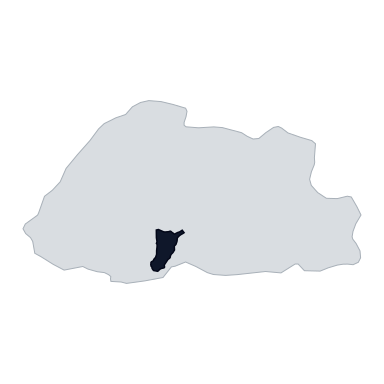 Chirang on a map of Bhutan (orthographic projection)
{"feature_id": "BTN-2481", "entity_name": "Chirang", "entity_type": "District", "adm_level": 1, "iso_a3": "BTN", "parent_name": "Bhutan", "parent_adm1": "", "projection": "orthographic", "projection_center": [90.138, 26.993], "detail": "fine", "context": "in_parent", "style": "filled", "palette": "ink", "viewbox_px": 384, "rotation_deg": 0, "n_neighbors": 0, "source": "natural_earth", "source_scale": "10m", "svg_char_len": 2225}
<svg xmlns="http://www.w3.org/2000/svg" viewBox="0 0 384 384"><path d="M314.7,162.3L314.2,164.9L311.4,171.8L309.6,179.3L311.3,185.4L317.7,192.6L326.4,198.3L337.3,198.6L347.3,196.2L351.3,197.0L356.9,206.7L361.0,215.0L355.8,223.8L353.0,231.4L352.1,236.8L352.8,239.2L356.1,243.5L360.0,250.9L360.6,257.8L358.3,262.3L353.1,264.7L347.6,264.1L343.0,264.2L337.3,265.1L328.3,267.8L320.1,271.1L304.4,270.7L298.1,264.0L295.2,264.0L281.0,272.9L265.5,271.5L237.3,274.6L225.6,275.4L213.4,274.5L207.3,272.6L195.9,266.5L185.6,262.0L175.1,266.2L171.4,266.9L163.0,277.5L144.7,280.9L126.5,283.4L121.1,282.0L110.9,281.4L110.5,278.9L110.8,276.5L108.5,274.6L104.4,272.6L97.2,271.7L88.0,269.1L82.8,266.5L64.1,270.1L53.3,264.4L41.0,256.7L34.8,253.3L32.7,241.4L30.5,237.6L25.7,233.6L23.0,228.8L25.3,224.0L37.6,215.1L38.6,213.0L44.5,196.3L52.4,190.2L60.2,181.8L66.1,168.4L77.5,154.6L90.0,140.5L98.6,128.9L104.2,123.6L115.9,117.8L125.6,114.5L132.4,106.8L140.5,102.5L148.8,100.6L161.1,101.6L172.8,104.4L185.6,108.2L187.0,111.3L186.0,116.8L184.1,122.4L184.1,125.2L186.0,126.8L198.5,127.8L213.8,126.9L222.4,127.6L241.6,132.7L247.2,136.3L253.1,139.0L258.8,138.5L266.0,132.5L273.6,127.4L278.3,126.5L281.7,128.1L287.9,132.9L300.5,137.3L311.8,140.6L315.5,143.8L314.4,157.7L314.7,162.3Z" fill="#d9dde1" stroke="#a8b0b8" stroke-width="1"/><path d="M158.4,229.5L163.6,231.8L165.0,232.0L168.5,231.7L170.0,231.2L170.5,231.2L170.9,231.4L172.4,232.7L173.4,233.3L174.4,234.2L177.4,232.6L179.6,231.9L182.2,230.2L184.1,232.7L182.6,233.7L181.4,234.3L179.8,235.4L179.0,236.1L177.6,237.6L177.3,238.3L177.1,240.6L176.9,241.7L175.9,244.5L174.3,246.1L174.5,250.0L172.9,252.6L171.2,254.3L170.4,255.9L170.3,257.1L169.6,258.3L168.0,259.4L164.4,264.8L164.3,265.3L164.3,265.6L164.4,265.9L164.5,266.2L164.5,266.5L164.5,267.3L164.2,267.7L163.5,268.0L161.7,268.4L160.6,268.8L159.3,269.7L158.9,270.3L158.3,270.9L157.5,271.3L155.2,270.8L153.8,270.6L153.2,270.1L152.1,268.5L151.9,267.1L151.0,266.0L151.0,265.7L150.8,264.7L150.8,264.2L151.0,263.2L150.9,262.7L151.3,261.9L153.1,260.9L154.0,259.1L155.6,257.3L156.6,254.3L156.6,251.0L156.6,250.6L157.0,247.1L157.1,244.5L156.4,243.5L157.0,241.6L156.4,237.8L156.3,230.0L158.4,229.5Z" fill="#0f172a" stroke="#020617" stroke-width="1.5"/></svg>